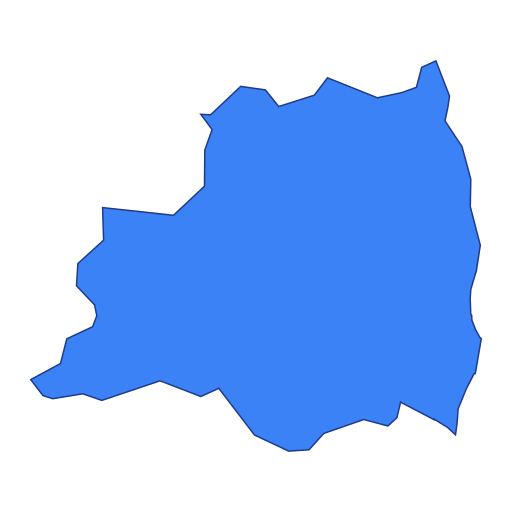 map outline of Magherafelt (Mercator projection)
{"feature_id": "GBR-2093", "entity_name": "Magherafelt", "entity_type": "District", "adm_level": 1, "iso_a3": "GBR", "parent_name": "United Kingdom", "parent_adm1": "", "projection": "mercator", "projection_center": [-6.651, 54.82], "detail": "fine", "context": "isolated", "style": "filled", "palette": "blue", "viewbox_px": 512, "rotation_deg": 0, "n_neighbors": 0, "source": "natural_earth", "source_scale": "10m", "svg_char_len": 962}
<svg xmlns="http://www.w3.org/2000/svg" viewBox="0 0 512 512"><path d="M66.8,338.8L92.6,326.7L96.8,315.8L94.6,304.9L76.5,285.8L77.9,263.5L103.6,240.2L102.6,207.6L173.5,215.3L204.5,186.2L204.8,150.1L212.1,129.6L200.8,114.3L210.6,114.8L240.7,86.4L265.4,89.9L278.7,106.5L314.3,95.2L327.5,77.8L377.4,97.8L401.9,92.6L416.4,87.3L421.7,67.3L435.9,60.9L449.5,96.0L448.0,106.5L445.0,120.9L462.0,146.6L470.8,179.2L470.3,206.7L480.3,245.3L476.2,271.9L475.8,272.2L475.8,272.5L470.8,289.4L470.2,298.5L470.8,314.4L471.7,315.3L471.9,320.2L475.8,330.2L480.1,337.8L480.5,337.9L481.3,338.7L475.3,373.5L474.2,373.5L466.3,388.8L458.1,408.9L457.1,423.0L455.5,434.8L447.5,427.4L434.1,419.1L434.1,419.7L432.8,419.0L400.6,402.2L396.9,417.7L387.9,426.0L363.8,419.5L323.8,433.4L309.0,449.8L288.7,451.1L254.6,435.1L218.8,388.3L200.8,396.5L160.0,380.8L101.8,400.4L82.8,393.8L52.8,398.7L43.0,395.6L30.7,379.6L60.5,363.5L66.8,338.8Z" fill="#3b82f6" stroke="#1e3a8a" stroke-width="1.5"/></svg>